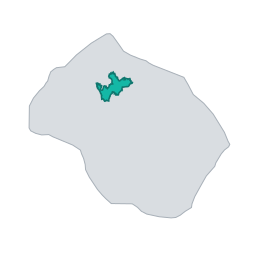 Kubake, Maseru, Lesotho (highlighted), rotated 80°
{"feature_id": "5366337B67565393962303", "entity_name": "Kubake", "entity_type": "district", "adm_level": 2, "iso_a3": "LSO", "parent_name": "Lesotho", "parent_adm1": "Maseru", "projection": "orthographic", "projection_center": [27.695, -29.673], "detail": "fine", "context": "in_parent", "style": "filled", "palette": "teal", "viewbox_px": 256, "rotation_deg": 80, "n_neighbors": 0, "source": "geoboundaries", "source_scale": "gbopen_adm2", "svg_char_len": 5906}
<svg xmlns="http://www.w3.org/2000/svg" viewBox="0 0 256 256"><g transform="rotate(80 128 128)"><path d="M169.8,174.6L162.4,176.8L161.4,177.0L156.6,176.5L150.3,177.0L145.4,178.2L141.5,178.7L135.2,185.4L123.7,203.4L120.7,207.2L119.8,214.3L117.2,219.9L113.9,224.3L110.8,225.4L101.3,223.6L89.2,221.3L82.1,215.9L75.9,208.7L72.5,203.5L69.1,200.6L67.9,199.0L62.9,196.6L61.1,195.4L59.4,194.5L57.4,191.0L56.2,188.0L56.7,179.6L53.2,174.6L47.1,166.1L43.3,159.1L38.1,149.5L34.9,141.4L31.6,132.9L32.0,129.3L35.1,126.8L44.3,122.4L51.5,119.1L56.6,113.0L62.2,104.0L64.9,98.6L67.6,96.1L70.6,92.3L75.8,83.8L81.6,74.3L87.8,64.2L95.7,61.3L106.4,57.9L116.8,49.1L129.1,41.7L149.0,33.8L158.3,31.8L161.8,30.6L164.0,32.2L166.4,36.8L169.7,40.7L177.5,47.5L180.8,49.2L188.8,59.2L197.3,66.2L207.2,74.2L213.9,78.2L217.3,79.3L220.1,86.4L222.9,91.6L224.4,96.5L224.0,101.2L220.8,112.7L216.0,124.5L212.3,129.3L207.8,132.4L203.4,137.0L201.6,146.5L199.5,157.6L193.8,162.1L189.4,165.1L183.3,168.7L169.8,174.6Z" fill="#d9dde1" stroke="#a8b0b8" stroke-width="1"/><path d="M96.8,146.8L96.9,146.6L97.3,146.3L97.6,146.3L97.7,146.1L97.5,145.6L97.3,145.4L97.4,144.9L97.0,144.7L96.9,144.4L96.9,144.2L97.1,143.9L97.3,143.8L97.5,143.6L98.1,142.3L97.6,142.2L97.3,142.2L97.1,141.9L96.6,141.9L95.9,141.7L95.5,141.3L95.1,141.2L95.0,140.9L94.7,140.9L94.0,140.6L93.9,140.4L93.7,140.3L93.7,140.2L93.4,140.2L93.2,140.1L93.0,139.9L92.1,139.3L91.7,138.9L91.5,138.1L91.1,137.7L90.8,137.1L90.5,136.9L90.3,136.8L90.2,137.1L89.9,137.4L89.6,137.0L89.6,136.8L89.8,136.5L90.2,136.6L90.0,136.1L90.3,135.8L90.7,135.8L90.8,135.7L90.5,135.2L90.9,135.0L91.0,135.2L91.2,135.3L91.5,135.1L91.7,134.9L91.9,134.9L92.1,135.2L92.2,134.9L91.8,134.5L91.8,134.1L91.9,133.9L92.1,133.9L92.4,134.0L92.4,134.4L92.6,134.5L92.7,134.4L92.8,134.0L93.0,133.7L93.2,133.2L93.2,132.9L93.2,132.7L93.3,132.8L93.5,133.1L93.5,132.7L93.6,132.4L93.5,132.1L93.8,132.0L93.7,131.7L93.2,131.5L92.8,131.2L92.4,131.2L91.8,130.8L91.4,130.2L91.2,130.1L90.8,129.3L90.1,128.5L89.9,128.0L89.6,127.9L89.5,127.7L89.8,127.5L90.0,127.6L90.1,127.4L89.7,127.2L89.6,127.3L89.5,127.0L89.3,127.0L88.8,127.4L88.6,127.4L88.4,127.2L87.9,127.1L87.5,126.6L87.1,126.6L86.7,126.5L86.7,126.1L86.9,126.0L87.0,125.7L86.9,125.1L86.8,124.7L87.0,124.4L87.0,123.9L86.9,122.6L87.1,122.4L86.9,121.8L87.1,121.2L87.3,121.0L87.2,120.8L87.1,120.5L86.7,119.8L86.0,119.2L85.6,119.2L85.3,118.9L85.2,118.5L84.9,118.3L84.9,118.2L84.7,118.1L84.8,117.6L84.8,116.9L84.7,116.4L84.5,116.0L83.9,115.7L83.7,116.1L83.1,116.8L83.2,117.1L82.9,117.1L82.7,117.1L82.4,117.0L82.3,117.3L82.0,117.3L81.8,117.1L81.4,117.6L81.3,117.8L80.7,117.4L80.3,117.5L80.5,117.6L79.9,117.5L79.8,117.8L79.8,118.1L79.7,118.6L79.9,118.8L80.0,119.4L79.6,119.3L79.2,120.5L78.9,121.1L78.8,121.5L79.1,122.0L79.1,122.4L79.3,122.5L79.4,122.3L79.7,122.3L79.4,122.9L79.5,122.9L79.7,123.0L79.9,123.0L79.9,123.3L79.9,123.6L79.7,123.6L79.3,123.3L78.7,123.0L78.3,122.3L78.2,122.4L77.9,122.3L78.0,122.4L77.8,122.5L78.0,122.9L77.9,122.9L78.0,123.1L77.9,123.7L78.2,124.2L78.2,124.8L78.5,125.0L78.7,125.4L79.2,125.5L79.2,125.8L79.2,126.1L79.3,126.6L79.7,127.2L79.7,127.3L80.0,127.5L80.2,128.1L80.1,128.3L80.0,128.6L79.4,129.0L79.1,129.0L78.9,129.2L78.6,129.3L78.2,129.3L78.0,129.5L77.6,129.6L77.5,129.8L77.4,129.8L77.4,130.0L77.2,130.1L76.7,130.1L76.6,129.7L76.3,129.5L76.0,129.8L75.8,130.6L75.7,130.8L75.4,130.9L75.3,131.2L75.1,131.3L75.0,131.2L74.9,131.3L74.8,131.2L74.4,131.3L73.8,131.2L73.2,131.7L73.0,131.8L72.5,131.5L72.0,131.6L72.0,131.8L72.1,132.2L71.8,132.2L71.8,132.3L71.8,132.5L72.0,132.7L72.0,133.1L71.9,133.1L71.8,132.9L71.4,133.0L71.2,132.8L70.9,132.9L70.4,132.9L70.7,133.4L70.7,133.5L70.6,133.8L70.9,133.8L70.8,134.2L71.1,134.4L71.4,134.5L71.6,134.6L71.7,134.8L71.7,135.0L71.4,135.1L71.0,135.4L71.2,135.5L71.4,135.8L71.8,135.8L71.7,136.1L71.9,136.3L71.8,136.6L72.0,136.6L72.0,137.0L72.3,136.9L72.8,137.2L72.8,137.4L72.9,137.6L73.0,137.6L73.3,137.6L73.5,137.8L73.6,137.7L74.1,137.9L74.4,137.8L74.5,137.9L74.8,137.8L74.9,137.7L75.1,137.6L75.3,137.4L75.5,137.5L75.7,136.7L76.1,136.5L76.4,136.1L76.6,136.1L76.9,135.7L77.3,135.8L77.6,135.6L78.9,135.4L79.1,135.4L80.0,136.0L80.6,135.8L80.9,135.8L81.1,135.7L81.6,135.5L81.7,135.4L82.0,135.4L81.9,136.2L81.7,136.5L81.9,136.8L81.6,137.3L82.3,138.0L82.2,138.3L82.2,138.8L82.5,138.9L82.6,139.1L82.9,139.0L83.0,138.9L83.2,139.1L83.7,139.4L84.2,139.8L84.6,140.0L84.7,140.9L85.1,141.0L85.3,141.1L85.7,141.6L85.4,141.7L85.2,141.6L85.2,141.4L85.0,141.5L84.8,142.3L84.4,142.3L84.3,142.2L84.1,142.2L84.3,142.7L84.3,142.9L84.2,143.0L83.5,143.0L83.4,142.9L83.5,142.7L83.6,142.4L83.3,142.2L83.1,142.2L82.9,142.7L82.7,143.1L82.6,143.3L82.7,143.5L82.4,144.0L82.8,144.7L82.8,144.9L83.4,145.0L84.0,145.1L85.0,145.8L86.1,146.4L86.3,147.0L86.0,147.9L85.6,148.3L85.1,148.3L84.4,148.1L84.0,147.9L83.8,147.5L83.5,147.2L82.9,147.2L82.7,147.3L82.5,147.1L82.4,147.1L82.1,147.0L81.8,146.6L81.6,146.7L81.5,146.8L81.4,147.1L81.6,147.8L81.6,148.0L80.6,148.3L79.9,147.9L79.7,148.0L80.0,148.7L80.4,149.0L80.3,149.8L80.1,150.0L79.9,150.1L79.6,149.9L79.5,149.5L79.1,149.4L78.6,149.9L78.7,150.3L78.4,150.6L78.7,151.0L78.5,151.4L78.8,151.5L79.1,151.4L79.3,151.3L79.6,151.3L79.6,151.1L79.9,151.1L80.1,151.2L80.6,150.9L80.7,151.1L80.9,151.3L81.1,151.3L81.2,151.1L81.6,151.3L81.7,151.0L82.1,151.1L82.1,150.9L82.6,150.8L82.8,150.7L82.9,151.0L83.1,151.2L83.5,150.8L84.1,150.7L84.2,150.8L84.5,150.5L84.5,150.4L84.7,150.2L84.9,150.2L85.1,150.0L85.5,149.9L85.6,149.7L85.7,149.8L85.9,149.6L86.1,149.7L86.5,149.6L86.8,149.4L87.2,149.4L87.4,149.1L87.7,149.0L87.9,149.0L88.0,149.1L88.4,149.0L88.7,149.1L88.9,149.0L89.3,148.9L89.4,148.6L89.5,148.5L90.2,148.6L90.3,148.5L90.6,148.5L90.7,148.4L91.3,148.5L91.4,148.4L91.5,148.3L91.9,148.7L92.6,148.6L93.2,148.7L93.4,148.8L94.6,148.8L95.2,148.9L95.2,148.6L95.0,148.3L94.7,148.1L94.7,147.8L94.8,147.7L95.4,147.2L95.5,147.0L95.8,146.9L96.0,146.7L96.2,146.8L96.5,146.7L96.8,146.8Z" fill="#14b8a6" stroke="#0f766e" stroke-width="1.5"/></g></svg>